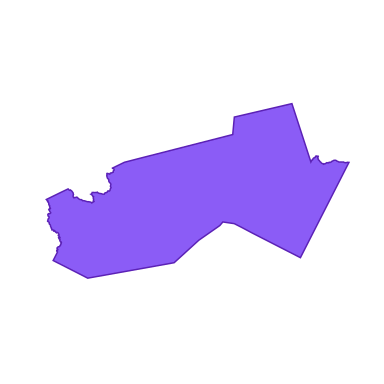 Goilala District, Central, Papua New Guinea (Natural Earth projection), rotated 297°
{"feature_id": "67681753B69138708409100", "entity_name": "Goilala District", "entity_type": "district", "adm_level": 2, "iso_a3": "PNG", "parent_name": "Papua New Guinea", "parent_adm1": "Central", "projection": "natural_earth1", "projection_center": [146.873, -8.324], "detail": "fine", "context": "isolated", "style": "filled", "palette": "violet", "viewbox_px": 384, "rotation_deg": 297, "n_neighbors": 0, "source": "geoboundaries", "source_scale": "gbopen_adm2", "svg_char_len": 5179}
<svg xmlns="http://www.w3.org/2000/svg" viewBox="0 0 384 384"><g transform="rotate(297 192 192)"><path d="M119.2,65.6L118.9,66.4L118.3,67.2L118.3,67.3L118.6,67.6L118.6,67.8L118.4,67.9L117.8,68.0L117.5,68.5L117.5,68.8L117.0,69.4L116.3,69.9L115.8,70.1L115.4,70.6L115.3,71.2L115.0,71.5L114.5,71.6L113.6,72.5L113.4,73.0L113.0,73.4L112.8,73.4L112.6,73.2L112.4,72.5L111.2,72.4L111.0,72.7L111.0,73.2L110.8,73.5L110.5,73.7L110.0,74.3L109.7,75.1L109.3,75.6L108.8,75.5L108.4,75.3L108.1,75.0L107.8,74.6L107.8,74.3L107.5,74.0L107.1,73.8L106.4,73.8L105.6,74.4L105.1,75.0L105.0,75.8L104.7,76.1L104.0,76.3L103.4,76.3L103.0,76.1L102.3,76.1L101.2,76.5L100.5,76.5L100.3,76.8L100.2,78.0L100.0,78.6L99.8,78.8L99.6,78.9L99.0,79.1L98.8,79.3L98.6,79.7L98.6,80.2L98.4,80.6L97.9,81.1L97.1,81.6L96.7,82.1L96.3,82.9L95.9,83.0L95.5,83.5L95.4,83.9L95.1,84.1L94.6,84.3L94.6,84.6L95.0,85.0L95.1,85.3L95.0,86.0L94.9,86.3L94.4,86.5L94.5,86.8L94.9,86.8L95.2,86.9L95.2,87.3L95.0,87.5L94.8,87.5L94.6,87.8L94.7,88.6L94.3,88.9L94.3,89.0L94.4,89.4L94.1,89.8L94.2,90.0L94.9,90.6L94.7,91.5L93.7,92.8L93.3,92.8L93.2,93.0L92.9,93.1L92.8,92.6L92.7,92.5L92.3,92.9L92.3,93.7L91.5,94.9L91.0,93.9L90.8,93.8L90.6,94.0L90.7,94.7L90.6,95.0L90.4,95.1L90.0,94.8L89.8,95.1L89.8,95.8L89.6,96.0L89.4,96.1L88.8,96.2L88.7,96.3L88.0,97.2L87.9,97.6L88.1,97.9L88.0,98.3L87.8,98.5L87.6,98.6L87.2,98.3L86.9,98.4L86.8,98.7L86.6,98.9L85.8,98.9L85.3,98.8L85.0,99.0L84.7,99.0L84.4,98.7L83.6,98.8L83.3,98.7L82.7,98.2L82.6,97.8L82.3,97.6L81.2,97.2L80.9,97.2L80.5,97.7L80.4,97.7L80.2,97.5L79.9,97.6L79.9,98.1L79.8,98.6L79.6,98.7L79.1,98.5L78.6,98.5L78.3,98.1L78.0,98.2L77.5,99.4L67.9,99.4L67.9,138.2L120.9,208.2L152.2,220.0L174.7,232.0L179.3,233.1L183.0,244.0L183.0,252.7L182.8,263.9L182.7,318.4L236.3,318.4L289.6,318.4L289.1,317.1L288.1,316.0L287.8,315.6L287.7,314.9L287.4,314.2L287.5,313.4L286.8,312.1L286.4,311.2L286.2,310.9L286.0,310.4L285.7,309.9L285.5,309.5L285.4,309.1L285.4,308.6L285.5,308.2L285.4,307.8L285.4,307.5L285.3,307.0L285.5,306.5L285.5,306.0L285.5,305.6L285.3,305.2L285.1,304.8L284.8,304.3L284.5,303.9L283.4,303.2L283.1,303.0L283.0,302.8L282.7,302.6L282.4,302.6L282.1,302.5L281.7,302.1L281.1,301.7L280.9,301.5L280.9,301.0L280.8,300.7L280.3,300.6L280.1,300.5L279.7,300.1L279.5,299.4L279.4,298.9L279.1,298.6L278.5,298.3L278.0,298.1L277.7,297.9L277.4,297.4L277.2,297.3L276.9,297.0L276.5,296.7L276.7,296.3L276.8,296.1L276.6,295.7L276.5,295.4L276.5,294.6L276.6,294.2L276.7,293.6L276.9,293.4L277.1,293.1L277.1,292.7L277.1,292.4L277.3,292.0L277.8,291.2L278.0,290.7L278.0,290.2L278.2,289.8L278.7,289.4L279.1,289.1L279.4,289.0L279.4,288.7L279.6,288.6L279.8,288.3L280.3,288.3L281.1,288.3L281.2,288.1L280.8,287.6L280.8,287.4L280.6,287.2L280.7,286.8L280.6,286.6L280.3,286.1L280.1,286.1L279.7,285.9L279.4,286.2L278.6,285.9L278.4,285.8L278.2,285.6L277.7,285.3L277.5,284.9L277.0,284.8L276.7,284.7L275.6,284.9L275.4,284.7L275.1,284.4L274.9,284.5L274.6,284.5L274.4,284.4L274.1,284.3L272.7,284.3L316.1,240.9L278.0,195.7L261.7,202.2L197.9,129.7L187.8,118.3L176.7,109.9L176.9,110.3L177.1,110.9L177.2,111.6L176.9,112.1L176.3,112.6L175.8,112.6L175.2,112.3L173.8,112.8L173.7,112.7L173.4,112.3L173.1,112.2L172.7,111.8L172.4,111.6L172.0,110.9L171.9,110.7L171.4,110.6L170.9,110.7L170.6,110.6L170.6,110.4L170.5,109.9L170.4,109.4L170.4,109.0L170.1,108.6L170.2,108.2L170.1,107.9L169.7,107.8L169.1,108.1L168.8,108.4L168.5,108.6L168.0,108.6L167.7,108.7L167.3,109.1L167.0,109.4L166.5,109.8L165.9,110.4L165.7,110.7L165.6,111.3L165.5,111.7L165.2,112.2L164.8,112.5L164.3,112.7L164.0,112.8L163.1,114.0L162.7,115.4L162.4,115.8L162.2,116.1L161.5,116.4L160.8,116.5L160.1,116.7L159.7,117.0L159.5,117.6L159.3,117.8L158.9,117.9L158.2,117.8L157.8,117.8L157.1,117.9L156.6,118.1L156.0,118.2L155.4,118.0L155.1,117.6L155.0,117.3L155.0,116.9L154.8,116.6L154.5,116.5L154.0,116.5L153.6,116.4L153.1,116.4L152.6,116.0L152.2,115.4L151.9,115.1L151.5,114.8L151.1,114.8L150.3,114.9L150.2,114.8L149.8,114.0L149.5,113.4L149.4,112.1L149.2,111.5L149.0,110.9L148.7,110.1L148.6,109.7L148.6,109.0L148.6,108.6L148.8,108.0L148.9,107.7L148.7,107.5L148.3,107.4L147.9,106.5L147.7,106.1L147.5,105.7L147.2,105.3L147.0,104.8L146.9,104.4L146.6,103.9L146.3,103.3L145.7,103.4L145.1,103.3L144.5,103.3L144.3,103.2L144.1,103.0L144.0,103.6L144.0,104.0L143.9,104.4L143.7,104.7L143.6,105.0L143.2,105.4L143.2,106.0L143.2,106.3L143.1,106.5L142.5,106.5L142.2,106.5L141.6,107.1L141.3,107.1L141.2,107.1L141.0,107.4L140.6,107.8L140.2,108.0L139.8,107.9L139.6,108.0L139.0,109.0L138.7,108.8L138.3,108.6L138.1,108.2L137.2,108.0L136.7,107.6L136.7,107.4L137.0,107.1L137.0,106.6L136.9,105.9L136.7,105.2L136.5,104.6L136.4,104.2L135.9,103.4L135.8,102.8L135.6,101.8L135.5,101.0L135.4,100.4L135.2,99.8L135.0,99.2L134.6,98.5L134.8,97.9L135.0,97.3L135.0,96.9L134.7,96.3L134.5,95.9L134.4,95.3L134.5,94.5L134.6,93.9L134.8,93.4L134.9,92.8L135.1,92.2L135.2,91.9L135.1,91.6L134.2,90.7L134.0,90.1L133.2,89.5L133.3,89.2L133.5,88.7L133.7,88.4L133.9,88.2L134.7,87.8L135.4,87.6L135.9,87.6L136.2,87.2L136.8,86.8L137.3,86.4L137.9,85.2L138.3,84.4L138.4,83.9L138.5,83.3L138.6,82.7L138.0,82.4L137.9,82.1L138.0,81.7L138.2,81.0L138.4,80.7L138.5,80.4L138.5,80.2L131.7,75.0L119.2,65.6Z" fill="#8b5cf6" stroke="#5b21b6" stroke-width="1.5"/></g></svg>